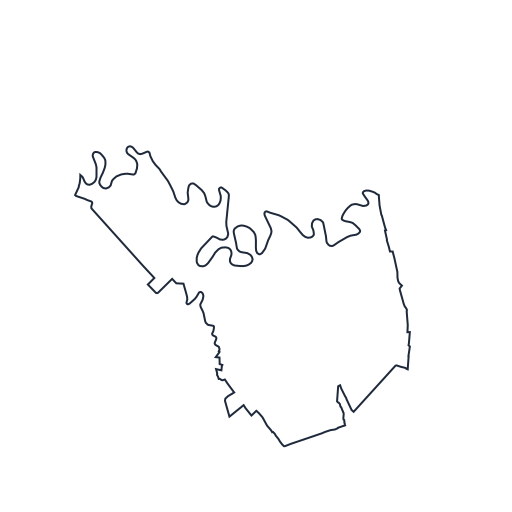 outline of Victoria, Iasi, Romania, rotated 316°
{"feature_id": "2599482B79977149593051", "entity_name": "Victoria", "entity_type": "district", "adm_level": 2, "iso_a3": "ROU", "parent_name": "Romania", "parent_adm1": "Iasi", "projection": "mercator", "projection_center": [27.595, 47.318], "detail": "fine", "context": "isolated", "style": "outline", "palette": "slate", "viewbox_px": 512, "rotation_deg": 316, "n_neighbors": 0, "source": "geoboundaries", "source_scale": "gbopen_adm2", "svg_char_len": 6107}
<svg xmlns="http://www.w3.org/2000/svg" viewBox="0 0 512 512"><g transform="rotate(316 256 256)"><path d="M286.4,442.9L296.2,434.1L296.1,433.9L303.8,428.0L303.7,426.2L305.5,424.9L313.8,417.6L312.0,416.0L317.1,411.2L326.0,400.4L326.5,400.2L327.4,399.1L327.9,396.6L327.9,395.7L329.1,392.9L335.8,380.5L336.8,379.1L340.4,378.7L340.2,375.3L340.5,373.7L341.0,372.5L342.7,369.9L346.6,365.7L354.1,353.6L357.4,347.7L355.5,345.8L357.8,341.9L361.0,335.6L361.6,335.2L366.5,327.2L367.5,327.8L368.8,324.8L374.6,314.3L374.8,313.4L379.9,305.6L386.0,298.2L386.7,297.5L385.8,295.1L385.6,293.3L384.6,290.9L382.7,287.5L380.7,285.4L378.7,284.4L377.6,284.4L376.8,284.7L376.3,285.2L375.7,287.9L374.9,293.4L374.6,294.6L373.7,296.0L372.6,296.6L371.2,296.5L370.2,296.2L368.1,294.7L367.5,294.0L364.7,289.0L363.3,287.4L360.7,285.7L358.8,285.3L355.0,285.2L352.1,285.5L348.3,286.4L345.8,287.3L343.7,288.6L343.4,289.0L343.2,289.6L343.6,291.3L344.7,293.4L346.8,296.3L348.1,298.5L348.6,299.9L348.9,303.0L349.0,308.3L348.5,310.0L348.0,310.6L347.3,310.9L345.3,311.0L343.1,310.4L338.2,307.1L334.8,305.7L325.1,303.3L319.0,302.3L318.1,301.9L317.3,301.3L316.2,299.8L315.9,298.3L316.2,295.7L316.8,294.5L320.1,290.3L327.3,279.0L327.6,278.0L327.5,275.5L327.2,274.5L325.9,272.2L324.2,270.9L322.0,270.4L319.0,271.4L316.6,273.6L315.2,277.1L314.4,278.4L312.8,280.5L312.0,281.0L310.3,281.2L309.3,281.0L308.0,280.5L305.9,278.8L304.7,276.4L304.2,273.6L304.4,269.8L305.0,263.8L304.2,254.1L303.9,251.9L301.5,244.5L300.5,242.1L296.3,234.8L294.9,231.7L294.4,231.0L293.5,230.6L292.0,230.9L290.9,232.1L290.3,233.3L286.0,246.2L284.5,248.8L282.9,250.1L280.5,251.3L275.7,253.1L268.1,256.9L266.7,257.3L262.3,258.1L260.0,257.5L259.4,256.8L258.9,254.8L259.7,252.4L262.0,249.6L266.8,244.7L268.7,242.4L270.1,240.4L271.0,237.5L271.0,234.2L270.8,231.4L269.7,228.3L268.3,225.8L266.6,223.8L264.5,222.5L262.9,221.9L259.8,221.5L258.6,221.8L257.1,222.7L255.9,224.2L250.8,232.6L247.5,237.4L247.2,238.8L247.3,241.3L248.1,243.0L251.7,247.8L252.7,251.1L252.7,252.1L252.5,253.4L252.1,254.5L251.3,256.0L249.5,257.1L247.6,257.5L244.8,257.1L242.4,256.2L240.3,254.8L237.8,252.4L234.1,248.1L233.4,246.7L233.0,245.4L232.9,244.4L233.0,243.2L233.4,242.1L234.2,241.0L235.3,240.0L238.9,238.2L240.1,237.2L241.2,235.8L241.8,234.4L242.0,233.1L241.9,231.9L241.5,230.6L239.9,228.4L236.9,226.0L233.8,225.1L229.0,225.2L224.4,226.4L216.8,227.8L213.8,227.8L212.3,227.4L210.8,226.7L208.8,224.4L208.4,223.4L208.3,222.3L208.8,220.0L209.4,218.9L212.0,216.2L214.6,214.6L217.0,213.6L221.9,212.4L237.6,211.7L238.4,211.8L239.1,212.6L240.4,215.4L241.6,219.1L243.4,221.3L244.5,222.0L246.3,222.6L248.5,222.5L251.0,221.1L251.8,220.2L255.5,214.0L258.2,210.9L277.8,194.3L279.0,193.1L279.6,191.9L279.8,190.5L279.7,187.7L279.0,183.6L278.7,182.6L277.9,182.0L277.0,181.9L276.1,182.0L275.2,182.9L272.4,188.2L271.0,189.8L268.8,191.6L266.4,192.7L264.7,193.1L263.2,193.0L261.7,192.6L260.3,191.7L259.2,190.6L258.2,188.7L257.8,186.6L257.9,184.3L258.3,182.6L260.6,178.7L261.6,176.7L262.4,174.6L262.7,170.7L262.1,163.7L261.5,160.7L261.1,160.0L259.4,158.8L257.4,158.7L256.5,158.9L254.8,159.9L250.9,162.9L246.9,168.1L245.8,169.0L244.7,169.5L243.5,169.7L241.1,169.3L240.2,168.8L238.4,166.4L237.6,163.6L237.6,161.0L238.5,158.0L241.4,152.0L243.5,145.3L244.8,140.7L246.3,129.5L247.0,126.3L247.0,120.8L247.6,116.2L249.3,110.9L251.1,107.7L251.1,106.7L250.8,105.8L249.9,105.2L245.0,103.3L243.6,102.4L242.9,101.4L242.3,100.1L242.3,98.4L242.7,93.6L242.7,92.1L242.3,90.8L241.8,89.8L241.0,89.2L240.1,88.7L239.0,88.6L237.6,89.0L236.5,89.7L235.4,91.0L234.9,92.4L234.8,93.7L236.1,100.5L236.2,102.5L236.0,104.0L234.9,106.6L234.0,107.9L231.2,110.3L226.8,112.7L225.2,112.7L224.4,112.3L220.6,107.4L218.6,105.7L215.7,103.7L210.9,101.8L206.8,101.6L204.6,101.9L200.4,104.3L197.8,104.4L194.9,103.2L193.5,101.2L193.2,99.9L193.1,98.5L193.3,96.6L194.0,94.7L195.1,93.5L198.6,91.6L203.8,89.7L208.4,87.5L211.1,85.7L213.2,83.6L214.2,82.2L214.9,80.3L215.2,77.9L215.3,75.0L215.2,73.5L214.2,71.2L212.6,69.5L211.8,69.1L210.7,69.1L209.6,69.4L208.4,70.2L207.7,71.1L204.5,78.8L202.8,81.5L196.1,88.4L194.4,89.5L192.9,90.2L191.1,90.5L188.2,90.2L185.7,89.1L184.8,88.0L184.3,87.0L184.1,85.8L184.2,84.5L184.4,83.3L185.9,79.5L186.1,78.2L185.9,75.7L183.4,78.2L179.4,81.4L177.6,82.3L176.2,83.4L168.2,86.5L168.3,87.9L172.5,95.9L173.4,98.4L175.4,102.4L175.4,103.6L174.8,104.3L171.8,106.0L170.7,107.4L167.9,185.2L167.6,201.2L158.4,201.4L158.4,213.0L158.9,213.9L160.0,214.4L179.8,214.2L179.7,220.3L184.6,225.5L179.4,235.2L178.0,237.6L176.3,239.6L173.8,241.1L173.3,241.6L173.1,242.8L173.6,243.6L175.2,244.1L182.1,244.4L185.1,244.0L189.6,242.7L190.2,242.8L191.2,243.4L191.5,243.9L191.7,245.2L191.5,246.2L190.7,247.8L189.7,248.8L187.2,250.4L182.4,252.1L181.8,252.6L180.7,254.4L179.6,258.1L178.6,260.6L174.1,267.7L173.6,269.0L173.5,269.7L173.7,272.3L176.4,276.0L176.8,276.6L176.8,277.3L176.6,277.7L175.3,278.9L173.3,280.3L170.5,281.4L170.0,282.1L169.9,283.3L170.9,286.0L170.8,286.8L170.6,287.3L169.8,288.1L166.1,289.7L165.4,290.4L165.1,291.5L165.4,293.0L166.1,295.0L166.1,295.5L165.3,297.3L164.4,298.2L163.0,298.7L163.1,299.7L156.8,300.8L159.2,303.7L154.8,308.5L156.1,311.0L154.8,311.6L151.7,314.2L148.7,309.6L146.8,313.1L146.2,313.8L145.4,314.4L144.8,316.6L143.8,318.5L144.3,318.8L144.7,319.5L145.1,321.4L145.3,321.7L146.0,322.4L147.8,323.2L146.9,328.1L145.5,339.0L138.6,337.4L134.9,337.3L133.1,338.6L125.3,353.1L143.5,354.7L142.8,358.0L141.9,367.6L148.7,367.6L148.9,371.0L148.7,375.6L148.5,377.0L146.1,385.8L145.8,391.6L145.3,393.8L145.6,393.8L146.0,394.4L146.0,396.9L145.4,399.0L145.1,403.0L144.3,406.4L143.9,410.2L144.0,412.2L144.7,412.9L150.5,415.3L180.2,429.3L183.4,430.5L188.6,433.0L192.4,435.7L195.3,436.7L195.7,436.5L202.4,439.7L202.6,439.1L203.3,438.4L203.9,437.1L204.3,436.9L205.5,435.2L205.4,434.4L206.0,433.5L209.3,430.6L210.1,429.5L210.2,428.8L210.6,428.3L210.8,427.3L212.2,424.1L212.1,423.1L213.5,420.7L213.6,418.9L213.2,418.0L213.4,416.8L224.6,406.8L226.7,407.4L225.2,410.7L222.7,418.6L222.3,420.6L221.6,422.0L217.8,433.2L218.0,435.9L280.1,431.8L281.1,432.3L283.2,436.3L285.8,440.4L285.8,441.4L286.4,442.9Z" fill="none" stroke="#1e293b" stroke-width="2"/></g></svg>